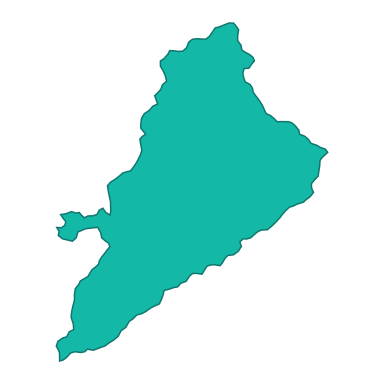 outline of Brusque, Santa Catarina, Brazil
{"feature_id": "56859067B36149648591957", "entity_name": "Brusque", "entity_type": "district", "adm_level": 2, "iso_a3": "BRA", "parent_name": "Brazil", "parent_adm1": "Santa Catarina", "projection": "mercator", "projection_center": [-48.924, -27.128], "detail": "fine", "context": "isolated", "style": "filled", "palette": "teal", "viewbox_px": 384, "rotation_deg": 0, "n_neighbors": 0, "source": "geoboundaries", "source_scale": "gbopen_adm2", "svg_char_len": 2809}
<svg xmlns="http://www.w3.org/2000/svg" viewBox="0 0 384 384"><path d="M59.6,361.0L63.3,359.9L66.7,357.3L70.5,353.1L74.9,351.7L80.9,352.5L84.8,351.7L87.3,349.2L93.6,350.2L99.7,347.8L105.1,345.9L108.9,343.0L113.6,340.1L118.1,336.4L121.1,330.7L125.8,327.4L129.2,321.4L133.2,318.7L136.7,315.0L141.4,313.8L146.1,311.3L151.0,307.7L155.6,305.6L159.4,303.9L161.7,298.8L163.1,294.7L164.2,290.4L169.7,289.0L173.9,287.5L177.7,286.9L180.6,283.4L186.1,281.3L189.8,275.8L192.7,273.5L196.2,273.3L202.0,274.2L204.8,269.6L206.8,266.3L210.1,265.1L214.3,264.7L220.0,265.7L222.4,262.9L225.3,257.9L228.0,255.4L233.5,254.8L238.3,251.3L241.4,246.4L239.8,242.0L243.1,238.8L246.6,239.0L250.7,237.8L254.5,234.4L257.3,232.0L261.0,230.1L267.4,229.7L271.9,226.0L275.9,222.1L280.2,217.4L282.8,213.8L285.7,210.6L289.5,207.1L292.9,206.2L297.0,204.2L303.4,202.2L306.3,199.5L309.8,197.0L313.5,192.5L311.6,188.0L311.4,183.7L314.4,180.0L318.2,176.0L318.9,170.9L319.7,165.8L320.0,160.5L322.4,157.2L327.7,152.4L325.3,149.1L320.5,147.5L316.8,145.3L311.1,143.4L308.1,139.1L304.3,136.0L299.6,134.3L298.9,130.3L295.4,125.9L291.7,122.7L288.4,121.7L282.5,121.6L277.1,121.7L273.8,118.3L270.4,115.5L266.2,113.6L264.2,109.5L262.4,105.4L259.5,100.7L255.5,95.5L253.1,92.1L252.5,88.3L250.1,84.5L245.1,81.8L243.8,77.8L242.8,73.8L244.0,68.6L248.9,68.2L251.6,64.2L254.4,60.9L253.0,57.4L249.8,54.7L245.1,52.2L241.8,50.0L241.0,45.2L237.6,40.6L237.7,35.4L238.6,29.7L235.9,25.8L233.5,23.1L229.0,23.0L224.2,24.9L219.0,27.0L215.4,27.8L212.3,32.2L209.4,36.4L205.9,39.1L202.4,39.1L197.2,38.7L192.4,39.3L188.8,42.0L186.7,47.5L182.8,51.2L178.1,51.4L174.1,50.8L169.7,50.6L167.9,54.2L164.0,58.6L160.4,61.0L160.4,66.2L163.1,70.7L165.3,75.7L166.6,81.2L162.4,84.9L160.7,89.6L157.6,92.9L154.7,95.6L156.3,100.2L157.6,104.0L152.9,106.2L149.1,110.5L144.4,113.6L141.5,118.3L140.8,124.3L140.8,128.2L143.1,131.1L145.7,134.2L142.3,136.4L139.9,139.1L140.8,144.7L141.9,150.4L140.2,155.3L137.1,161.5L133.7,166.8L130.5,170.9L126.7,171.8L122.8,173.0L119.9,175.5L116.3,178.5L110.6,182.1L107.5,185.7L108.4,191.7L109.7,197.9L110.6,202.2L110.6,206.2L110.8,211.2L109.9,215.1L105.7,212.4L102.9,208.2L99.3,210.2L97.0,214.5L92.5,215.9L88.1,215.9L84.4,217.8L81.5,215.3L79.3,212.5L75.9,213.1L71.5,211.6L65.8,213.8L60.7,214.6L63.3,218.6L65.8,221.5L64.9,225.2L61.6,227.7L56.8,227.5L59.1,231.4L58.3,235.5L62.5,238.8L72.5,241.2L76.2,237.8L77.9,232.0L85.7,228.7L97.6,227.3L100.6,232.4L101.7,237.8L105.4,241.0L108.6,243.2L109.9,246.8L107.1,250.0L104.7,253.3L101.6,257.1L99.5,260.5L98.5,264.2L96.0,266.6L91.9,269.8L87.8,276.6L83.5,279.1L80.4,280.9L78.8,284.4L75.3,288.7L74.4,295.1L74.6,299.4L73.5,303.7L72.5,307.8L71.7,311.6L71.1,317.1L73.3,324.1L73.7,329.6L69.3,331.7L66.7,336.8L62.5,338.1L57.9,341.4L56.3,346.1L59.3,351.7L59.6,355.8L59.6,361.0Z" fill="#14b8a6" stroke="#0f766e" stroke-width="1.5"/></svg>